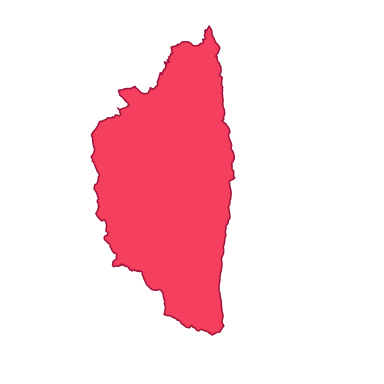 the district of Jerusalén, Cundinamarca, Colombia, rotated 326°
{"feature_id": "7082276B72958571486276", "entity_name": "Jerusalén", "entity_type": "district", "adm_level": 2, "iso_a3": "COL", "parent_name": "Colombia", "parent_adm1": "Cundinamarca", "projection": "natural_earth1", "projection_center": [-74.701, 4.558], "detail": "fine", "context": "isolated", "style": "filled", "palette": "rose", "viewbox_px": 384, "rotation_deg": 326, "n_neighbors": 0, "source": "geoboundaries", "source_scale": "gbopen_adm2", "svg_char_len": 5930}
<svg xmlns="http://www.w3.org/2000/svg" viewBox="0 0 384 384"><g transform="rotate(326 192 192)"><path d="M273.1,65.7L270.3,63.6L267.8,62.1L264.0,62.6L262.7,61.5L262.2,61.5L261.8,62.5L260.0,61.9L259.5,61.4L257.4,60.8L256.9,60.3L255.6,60.5L255.1,61.0L255.0,62.4L254.8,63.3L253.9,63.8L254.0,65.5L253.6,66.0L252.9,66.1L252.4,65.6L251.4,65.6L250.8,66.9L248.5,67.0L247.9,68.0L247.2,68.8L245.3,68.8L245.3,69.1L245.8,69.7L245.9,70.9L245.7,71.5L243.8,70.2L243.0,71.2L242.7,71.2L242.2,69.1L241.9,68.9L241.5,70.0L241.3,72.4L241.0,73.1L240.3,73.2L240.0,73.8L238.3,74.8L237.0,74.8L236.4,75.6L235.3,75.7L234.7,76.4L233.5,76.6L233.1,77.7L232.7,77.4L232.7,75.8L232.3,75.5L231.6,76.3L230.1,77.3L229.4,78.3L227.9,79.1L225.3,81.2L224.6,81.5L224.3,82.0L224.2,83.1L223.3,84.2L222.3,84.1L220.9,84.4L219.8,85.1L219.1,84.8L217.2,85.2L215.8,82.3L213.7,83.9L210.6,85.5L208.4,84.5L206.9,83.3L205.3,81.2L205.2,80.0L204.7,78.8L204.7,77.8L204.3,75.7L203.6,73.9L203.8,72.8L203.6,72.5L202.6,72.2L201.0,72.3L198.5,71.7L196.9,70.4L193.2,68.6L190.9,68.2L189.3,67.0L188.0,66.7L187.3,67.5L187.4,69.0L186.5,70.8L186.4,71.7L187.4,74.8L187.8,79.3L188.2,80.9L188.7,82.2L188.2,83.7L188.1,85.0L186.9,84.7L184.8,85.1L181.6,84.1L179.8,83.9L178.0,83.0L177.5,81.7L177.4,82.3L177.9,84.0L176.7,85.2L176.6,87.6L176.4,87.9L175.3,88.1L173.9,87.7L171.8,85.4L169.2,86.4L168.3,86.4L168.0,86.1L168.0,85.3L166.0,85.4L164.6,83.9L163.9,83.5L160.8,83.7L158.0,83.0L157.2,83.3L156.4,83.0L155.9,82.1L154.5,82.2L152.5,83.2L150.8,84.6L149.4,85.0L147.3,86.0L143.1,87.1L142.3,87.7L140.6,88.4L139.9,89.6L140.2,90.2L140.0,91.0L137.4,95.8L135.7,99.9L135.3,102.0L132.4,104.7L127.9,106.6L128.0,108.6L127.4,109.8L126.6,110.8L126.8,111.4L127.2,111.9L127.2,112.7L126.8,113.5L125.2,121.3L124.9,122.0L125.2,123.5L124.9,125.7L124.2,126.5L122.4,127.4L121.8,128.6L121.1,129.4L117.9,131.9L117.3,132.1L116.0,131.6L115.4,131.7L114.7,132.7L113.2,133.7L112.5,134.8L112.6,137.9L112.1,140.7L111.3,142.9L110.9,145.0L110.3,145.6L109.1,145.9L108.0,146.9L107.8,149.2L107.5,150.0L106.4,151.5L106.7,151.7L106.6,152.3L104.4,153.6L103.1,154.8L100.9,155.7L100.3,156.1L100.0,159.2L100.3,162.7L100.7,164.6L101.3,165.6L101.8,165.9L103.1,165.6L103.8,165.8L103.8,168.4L103.5,169.8L102.2,172.4L99.8,174.9L98.8,176.5L99.5,177.9L98.6,179.9L97.9,180.5L96.2,179.9L94.6,180.0L93.7,180.7L92.9,182.2L93.0,183.5L93.6,184.3L93.6,186.9L94.7,189.2L94.5,190.4L93.6,191.2L93.5,193.5L93.1,195.2L93.0,197.5L93.6,199.5L94.5,200.4L94.9,201.4L93.1,203.3L92.8,203.9L92.8,205.0L88.1,205.4L87.6,205.7L85.5,207.8L85.1,208.8L85.1,209.7L85.5,210.3L86.8,210.4L87.8,210.9L89.6,212.5L90.8,212.4L92.0,213.0L92.2,212.3L93.0,212.2L92.9,213.0L93.2,213.3L93.8,213.1L94.2,214.4L94.7,214.8L94.8,215.9L95.6,215.8L96.0,217.2L96.9,217.8L97.2,218.7L96.9,219.4L97.2,219.7L97.0,220.2L97.1,220.7L96.8,221.6L97.6,221.9L97.7,222.8L98.2,223.9L100.0,223.7L100.6,225.2L101.4,225.5L101.7,226.2L102.3,226.4L102.4,227.3L103.3,227.4L103.7,228.4L104.5,228.5L104.9,229.1L105.8,229.4L105.8,230.4L104.6,232.8L104.4,234.4L103.8,236.3L102.6,243.7L102.9,245.3L103.4,246.2L103.3,247.4L104.1,250.4L106.1,252.5L107.4,253.4L109.9,254.4L111.0,255.4L111.2,255.8L111.3,259.6L110.0,262.2L108.1,267.7L107.7,268.4L106.6,269.0L106.0,272.1L101.7,276.8L100.4,277.9L102.5,280.8L104.5,282.2L105.0,282.8L105.7,284.8L106.3,285.2L106.4,285.8L106.8,285.9L107.0,286.7L107.4,287.2L108.1,288.9L108.1,289.5L108.6,289.6L108.4,290.4L109.6,291.2L109.8,292.0L109.7,295.2L110.2,296.5L110.6,296.9L110.5,297.7L111.0,298.0L111.4,300.4L113.7,303.0L115.5,302.9L116.8,302.3L117.0,302.5L117.3,303.9L117.2,304.9L118.0,305.7L118.5,306.5L118.4,308.2L119.1,310.1L120.3,311.0L122.3,310.7L123.8,312.3L124.7,313.8L127.1,317.0L127.4,317.9L127.3,318.5L128.2,319.4L128.5,321.6L130.7,322.1L133.7,322.3L136.1,323.1L136.8,323.7L142.1,321.1L142.9,321.2L143.5,320.7L143.8,319.3L143.7,318.7L143.9,317.2L145.0,315.5L148.7,311.9L150.3,307.4L152.0,304.5L152.6,302.9L154.4,300.3L155.6,298.0L157.0,294.3L158.8,291.0L159.0,289.3L162.4,284.2L166.4,280.2L166.6,279.4L167.2,278.4L169.1,276.7L170.1,275.2L171.7,274.1L175.4,270.1L178.0,266.1L179.0,263.8L180.0,262.9L181.1,262.4L184.2,260.1L186.4,256.9L186.9,255.5L187.6,254.8L190.3,252.5L193.9,248.2L195.9,246.9L197.1,243.9L199.8,241.2L201.5,238.9L204.0,238.3L205.1,237.4L206.2,235.8L208.3,235.1L209.6,234.0L213.2,226.6L213.1,225.3L214.3,224.9L215.6,223.5L216.4,223.2L217.2,222.4L218.9,220.0L219.9,219.6L223.4,215.4L224.7,213.3L227.0,207.6L228.2,205.4L228.2,204.9L228.5,204.5L230.3,203.9L233.4,204.6L233.9,204.1L234.8,204.4L235.3,204.2L235.5,203.8L234.9,202.5L236.3,200.9L238.3,197.8L237.8,196.2L238.4,194.6L238.8,194.4L239.1,193.6L239.8,192.8L241.3,190.1L242.9,189.8L243.9,189.2L244.8,188.3L245.5,188.2L246.6,186.6L248.3,182.6L248.6,181.1L248.5,178.5L249.4,176.4L250.4,176.3L251.7,173.9L252.3,170.9L252.2,170.4L253.3,167.1L254.3,165.0L254.9,164.4L255.8,164.2L257.1,163.2L258.0,160.8L258.2,158.4L258.0,155.5L258.3,154.5L257.6,153.2L256.6,149.6L257.0,149.3L257.7,149.8L258.7,149.8L260.3,147.2L262.2,146.1L262.4,145.6L263.4,144.7L263.5,144.0L264.0,143.5L264.8,141.6L265.6,138.4L266.9,136.1L269.7,132.4L270.5,130.1L271.1,129.4L272.3,127.0L274.0,125.0L275.2,123.0L276.0,122.6L276.0,121.4L276.7,119.5L276.7,118.6L277.4,118.3L278.7,116.5L280.6,114.7L281.2,113.3L280.1,110.8L280.2,110.0L281.8,109.8L282.6,109.2L284.0,107.7L285.7,104.6L286.0,103.7L286.0,102.4L286.7,100.9L286.6,99.2L286.2,98.4L287.2,95.9L288.4,93.8L288.4,93.2L287.7,92.6L289.6,91.7L291.8,91.2L292.6,90.3L294.9,88.9L295.7,87.7L295.9,85.9L295.3,80.8L296.3,76.3L296.1,74.4L296.6,73.7L296.6,72.5L297.5,71.5L298.8,68.7L298.9,64.1L298.4,64.2L297.6,64.9L296.4,65.2L295.7,66.0L294.7,66.3L294.4,66.3L294.3,65.5L294.0,65.2L292.9,65.4L292.0,67.3L290.3,68.7L289.7,69.5L289.4,70.6L289.4,72.2L287.7,72.8L287.3,72.4L286.9,71.5L286.2,71.5L285.3,73.9L284.8,74.6L283.2,74.2L282.1,74.4L281.9,73.6L280.6,73.8L279.4,74.3L278.8,73.7L277.0,73.0L275.6,71.9L274.5,70.6L274.4,68.3L273.9,67.7L273.1,65.7Z" fill="#f43f5e" stroke="#9f1239" stroke-width="1.5"/></g></svg>